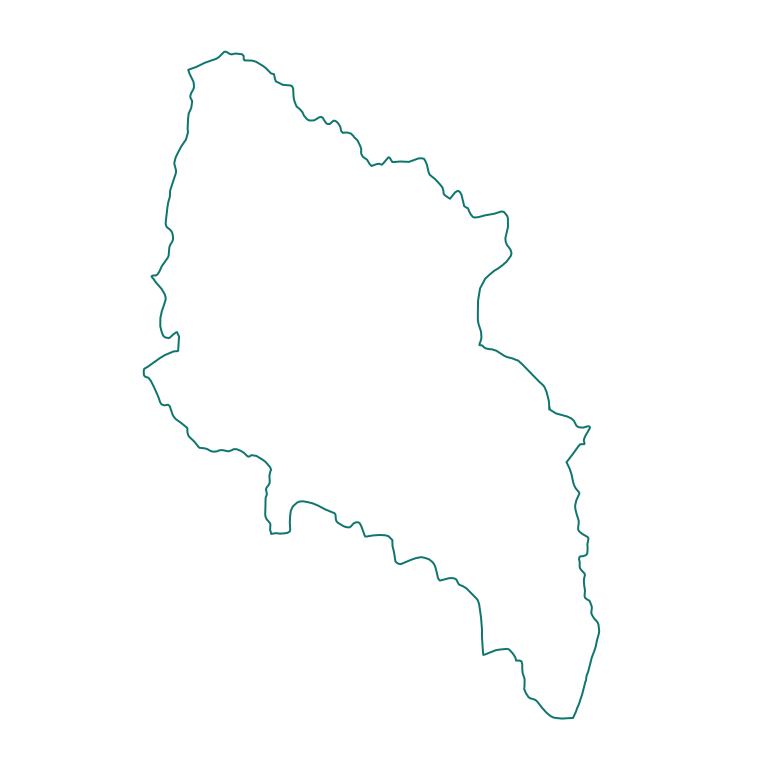 Khanh Son, Khánh Hòa, Vietnam, rotated 187°
{"feature_id": "81297802B29051358194838", "entity_name": "Khanh Son", "entity_type": "district", "adm_level": 2, "iso_a3": "VNM", "parent_name": "Vietnam", "parent_adm1": "Khánh Hòa", "projection": "natural_earth1", "projection_center": [108.898, 12.037], "detail": "fine", "context": "isolated", "style": "outline", "palette": "teal", "viewbox_px": 768, "rotation_deg": 187, "n_neighbors": 0, "source": "geoboundaries", "source_scale": "gbopen_adm2", "svg_char_len": 6150}
<svg xmlns="http://www.w3.org/2000/svg" viewBox="0 0 768 768"><g transform="rotate(187 384 384)"><path d="M616.5,671.9L614.8,668.2L609.9,660.7L609.1,657.5L608.8,655.1L609.2,653.1L610.8,649.3L611.3,646.9L611.3,645.5L610.6,643.8L609.3,642.2L608.8,640.8L609.0,634.4L610.8,628.7L610.8,623.2L610.0,613.2L609.2,610.0L610.3,602.6L614.1,595.3L616.7,588.5L618.4,583.5L619.0,578.8L619.0,577.1L616.3,570.3L616.3,567.8L619.8,550.3L619.4,543.4L620.3,538.1L620.5,532.8L620.4,519.1L620.2,516.3L619.6,514.6L618.5,513.1L616.0,511.7L613.5,509.6L612.4,507.8L611.5,504.9L611.0,502.0L611.5,499.5L613.2,496.0L613.7,493.3L613.4,485.2L614.0,483.0L618.9,473.9L620.6,468.4L622.2,465.1L623.9,463.8L626.2,463.7L627.7,462.7L627.7,462.3L626.7,461.1L625.1,459.8L623.9,458.1L616.1,451.0L612.5,446.2L611.3,443.3L611.0,441.5L612.0,435.5L613.4,429.3L614.0,422.2L613.1,414.1L611.1,408.8L609.2,405.2L607.1,403.6L603.5,403.3L602.0,404.1L599.5,407.2L597.0,409.6L595.8,410.2L593.2,406.1L592.4,392.3L592.8,391.5L596.8,390.7L605.0,386.0L609.7,382.3L620.8,372.1L623.3,370.3L624.0,369.4L624.0,367.1L623.4,363.7L622.5,362.5L621.3,362.0L618.6,361.5L615.8,358.7L612.5,353.8L607.7,345.9L606.0,342.9L604.0,338.7L602.3,336.7L599.7,336.0L595.8,337.1L593.9,335.8L590.1,327.8L588.8,326.0L586.1,323.6L580.2,320.4L573.9,316.4L573.2,312.1L572.3,309.8L571.1,308.0L565.1,303.6L560.3,298.8L559.3,298.2L554.5,298.3L551.6,297.9L547.5,296.2L544.4,296.1L541.8,296.7L539.1,298.2L536.4,298.7L530.2,298.2L527.6,299.4L525.2,301.0L522.3,301.3L518.0,300.2L514.8,298.7L510.6,295.6L509.6,295.4L508.7,295.7L506.9,297.2L502.0,297.1L495.5,294.2L492.0,292.2L487.0,287.6L485.6,285.2L486.1,283.7L486.6,279.1L485.6,274.0L485.5,271.5L486.4,269.3L487.9,266.9L488.3,264.8L486.9,260.9L486.9,259.3L487.6,257.1L487.5,255.3L486.0,240.1L485.6,238.3L484.4,235.9L480.3,232.1L479.6,230.6L479.3,225.5L477.6,221.5L473.0,222.8L469.0,222.8L464.7,223.6L461.7,224.5L460.1,225.6L459.3,227.0L459.5,229.1L460.6,234.8L461.1,242.3L461.0,247.0L459.5,251.5L455.7,255.8L453.3,257.1L449.9,257.7L445.7,257.5L440.5,256.9L434.7,255.3L426.5,252.2L417.4,249.7L416.7,249.1L416.1,247.9L415.4,244.2L414.6,242.2L413.1,240.8L408.7,238.7L405.2,237.5L402.3,237.3L400.6,237.6L399.3,238.8L397.3,241.8L395.5,243.0L394.1,243.5L392.6,243.5L391.3,243.0L389.2,240.1L384.9,231.6L384.1,230.4L382.9,230.4L376.7,232.3L369.9,233.6L364.6,234.0L361.0,233.5L356.7,230.1L355.8,224.2L353.5,218.1L351.1,209.5L349.8,208.2L347.3,207.3L345.3,207.3L335.9,212.7L331.1,215.1L325.9,216.7L322.1,216.4L317.9,215.5L314.2,213.2L312.3,211.2L310.9,208.9L308.9,204.0L306.9,198.3L305.9,196.8L304.7,195.8L303.7,196.0L295.5,199.3L292.0,199.7L289.3,199.3L288.2,198.5L285.6,194.6L284.7,193.9L280.9,192.9L277.1,191.1L265.8,182.1L264.5,180.7L262.7,176.9L259.2,163.9L256.8,152.1L255.9,144.7L252.9,129.0L252.3,127.3L250.0,128.2L247.3,129.8L240.6,133.4L237.2,134.4L229.7,136.1L228.0,135.9L226.7,135.1L223.5,132.4L220.5,128.9L219.1,125.6L215.5,126.0L213.7,125.4L212.6,122.4L212.1,118.5L211.2,114.1L208.5,108.3L207.7,101.0L207.7,98.4L205.6,94.6L202.4,90.8L200.9,90.0L195.6,89.0L193.3,87.6L188.0,82.2L182.9,77.7L178.4,74.8L175.1,73.6L172.2,73.5L166.8,73.6L155.7,75.6L153.6,82.0L152.8,85.8L151.5,90.0L149.4,100.8L147.9,112.7L147.4,114.6L147.4,118.9L146.2,123.9L144.5,137.5L142.6,145.3L141.8,149.6L141.4,155.5L140.3,162.6L140.3,165.0L141.8,171.3L142.9,173.3L144.5,175.0L146.9,176.9L149.1,179.7L150.4,181.9L150.4,186.6L150.6,188.3L153.2,193.3L154.2,194.2L156.6,195.1L158.4,196.4L159.1,198.1L159.4,203.9L160.8,208.6L161.6,212.7L161.7,215.2L161.3,219.1L162.0,220.5L164.6,222.6L166.8,224.7L167.5,226.2L168.1,231.4L169.0,233.5L169.0,235.5L168.8,236.2L167.9,236.9L165.7,237.3L163.4,238.3L162.3,239.2L161.7,240.5L161.6,241.9L161.9,245.8L162.6,249.8L162.2,255.2L162.4,256.0L163.4,257.0L168.6,259.2L171.5,260.9L173.0,262.2L173.5,263.4L173.8,264.8L173.8,269.7L174.0,271.5L174.9,274.0L176.6,277.5L178.6,282.5L179.4,285.8L179.4,287.7L178.9,292.2L176.8,298.7L177.0,300.0L181.1,303.9L183.0,306.7L184.4,309.9L186.9,317.3L189.5,322.7L193.3,328.6L188.0,337.6L183.4,346.0L181.9,348.1L178.0,348.7L177.7,349.5L178.8,352.2L178.7,353.9L177.7,357.4L174.3,365.2L174.4,366.3L175.1,366.9L176.6,366.9L180.9,365.0L184.9,364.8L186.6,365.2L188.1,366.3L191.1,370.7L193.8,372.6L197.9,374.0L209.9,375.8L216.2,378.8L217.0,381.3L217.2,380.9L217.8,385.0L218.5,387.8L221.7,395.9L224.0,400.0L225.6,401.9L230.6,405.5L248.9,420.2L253.6,423.5L260.0,425.1L265.6,425.8L268.4,426.8L276.5,430.7L281.1,431.6L284.3,431.4L287.5,431.8L289.2,432.6L291.1,434.2L293.9,434.2L294.1,435.3L293.3,438.4L292.9,441.7L294.1,447.9L297.5,455.1L298.7,459.2L299.6,466.8L300.8,478.1L300.3,490.6L296.4,500.8L292.2,505.8L288.4,509.8L284.7,512.7L281.0,516.2L277.3,520.3L273.7,526.7L273.4,529.4L274.9,532.9L279.1,537.3L280.6,540.2L281.3,543.5L280.1,555.0L281.2,563.5L282.2,565.8L284.9,568.5L286.2,569.5L288.6,569.5L295.4,566.4L304.3,563.7L310.7,561.1L314.3,560.3L315.8,560.5L316.8,561.2L318.5,562.9L320.7,566.0L321.9,568.4L322.5,568.9L323.5,569.0L326.1,570.4L330.1,581.1L331.8,583.6L333.5,584.6L334.9,584.4L336.9,582.7L340.9,576.1L341.5,576.1L346.4,578.6L348.0,580.1L348.6,583.0L349.9,586.1L352.7,588.9L358.3,593.6L364.2,597.3L365.7,600.0L368.1,606.8L370.4,610.8L371.8,612.4L373.8,612.6L377.0,612.2L386.4,607.5L395.1,606.8L401.7,605.4L402.8,605.4L406.1,609.4L407.3,609.4L411.7,602.8L412.9,601.4L415.8,602.0L418.0,601.4L423.0,598.9L425.1,600.6L428.1,604.5L432.7,607.0L434.5,609.4L435.0,611.3L435.2,614.4L436.7,617.5L440.1,622.7L443.9,625.5L444.8,626.6L447.3,628.5L450.6,629.1L453.8,628.7L455.5,628.3L457.4,630.0L458.7,633.9L461.1,637.0L463.3,638.7L465.0,639.3L466.3,639.1L469.6,635.4L471.6,635.2L472.8,635.6L475.1,637.9L477.2,640.8L479.2,641.4L480.5,641.0L485.4,637.2L488.6,636.6L491.0,636.6L493.0,637.7L496.2,640.7L498.1,643.9L501.0,646.5L504.4,648.7L505.2,649.8L507.5,654.1L508.8,658.2L510.2,666.3L511.7,668.5L513.7,668.9L520.8,668.6L528.2,671.2L529.4,673.5L530.9,678.0L534.1,678.6L540.0,683.3L543.2,685.1L550.4,688.3L554.7,688.9L561.8,688.2L562.7,689.0L563.3,692.5L565.1,694.0L571.7,693.9L575.4,692.6L577.6,692.9L580.5,694.3L582.2,694.5L583.2,694.1L587.4,688.7L590.0,686.4L600.8,681.1L609.3,675.6L615.1,672.8L616.5,671.9Z" fill="none" stroke="#0f766e" stroke-width="2"/></g></svg>